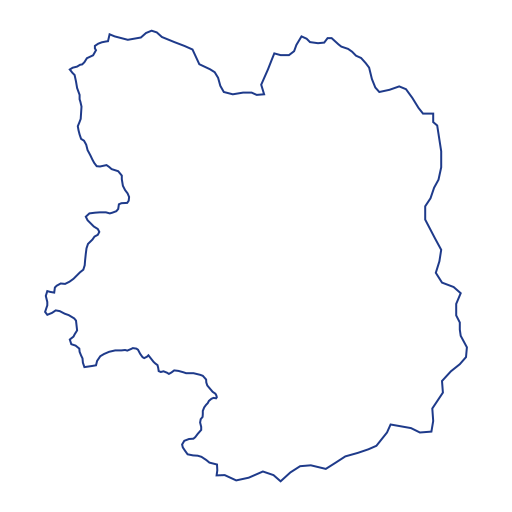 Cameron Highlands, Pahang, Malaysia (Mercator projection)
{"feature_id": "92858781B10772357278230", "entity_name": "Cameron Highlands", "entity_type": "district", "adm_level": 2, "iso_a3": "MYS", "parent_name": "Malaysia", "parent_adm1": "Pahang", "projection": "mercator", "projection_center": [101.433, 4.47], "detail": "fine", "context": "isolated", "style": "outline", "palette": "blue", "viewbox_px": 512, "rotation_deg": 0, "n_neighbors": 0, "source": "geoboundaries", "source_scale": "gbopen_adm2", "svg_char_len": 3479}
<svg xmlns="http://www.w3.org/2000/svg" viewBox="0 0 512 512"><path d="M109.6,34.3L108.0,41.2L105.8,41.5L101.8,42.3L98.2,43.7L94.9,45.9L94.9,48.4L96.0,50.2L93.1,55.3L86.9,58.2L84.4,62.2L82.2,64.4L80.0,64.8L77.1,66.6L72.7,67.7L69.8,69.5L72.4,72.8L74.6,75.0L76.0,81.5L77.1,88.0L79.6,94.9L79.6,99.3L80.4,101.8L81.5,106.6L80.7,118.9L79.3,122.6L77.8,126.2L78.5,130.2L79.6,134.5L81.1,138.9L84.0,140.7L86.2,144.7L87.6,150.2L88.6,152.0L90.5,155.6L92.4,159.6L94.2,162.9L96.7,166.2L100.0,166.5L106.5,165.1L109.1,166.9L111.6,169.1L118.2,171.2L121.8,175.6L121.8,179.2L122.9,185.8L125.1,190.1L127.6,193.4L129.1,197.0L128.7,200.7L127.2,202.9L121.4,203.2L118.9,204.3L118.2,209.0L116.3,211.2L112.3,212.7L109.8,213.4L105.8,212.3L100.3,212.3L94.9,212.7L89.4,213.4L85.8,216.7L87.6,220.3L90.5,223.2L93.8,226.5L97.8,229.0L99.3,231.9L97.8,234.8L94.5,236.6L92.4,239.6L88.0,243.9L86.5,248.3L85.8,253.7L85.1,260.3L84.7,265.3L83.3,269.7L80.0,272.3L76.4,275.9L73.5,278.8L69.5,281.7L65.1,283.9L60.7,283.5L56.7,285.7L54.9,287.5L54.2,292.6L50.2,291.9L47.3,291.1L45.8,295.9L47.3,302.0L47.3,305.3L45.1,311.9L47.3,314.8L52.0,312.9L55.7,310.4L59.7,311.1L64.7,313.7L68.7,315.1L74.2,318.4L76.0,320.6L77.1,330.4L74.6,334.4L73.5,336.6L69.8,339.5L71.3,344.2L75.6,345.6L79.3,348.6L79.6,351.8L81.1,355.5L82.5,358.4L82.9,362.7L84.4,367.1L92.0,366.0L96.0,365.3L97.1,360.9L100.3,356.2L104.0,354.0L109.1,351.8L115.2,350.4L118.9,350.4L121.4,350.4L125.1,350.0L127.3,350.6L131.5,348.8L132.8,348.1L136.3,348.6L138.0,349.7L140.1,353.7L141.2,355.3L142.6,357.2L144.2,358.1L147.0,356.7L148.4,355.3L153.5,361.8L155.2,363.4L157.5,365.1L158.2,367.9L158.7,371.1L160.8,372.0L163.5,371.3L167.0,372.7L168.9,373.9L171.4,372.5L174.2,370.4L178.4,370.9L183.5,372.3L186.1,373.2L189.1,373.2L193.5,373.2L200.1,374.8L202.8,375.8L206.1,379.5L206.3,382.5L207.3,385.5L212.6,391.8L215.4,393.7L216.3,395.3L216.8,397.2L216.1,398.3L213.5,397.9L211.4,398.8L208.9,400.9L207.7,403.2L206.1,404.8L204.2,407.4L202.8,410.9L202.8,414.1L202.6,416.9L200.7,419.2L200.1,422.5L201.2,426.9L201.2,429.9L197.7,433.9L195.2,437.2L193.4,438.7L189.0,439.0L184.3,440.8L182.1,444.5L182.8,447.4L185.0,450.7L187.6,454.3L193.0,455.4L197.7,455.7L201.4,456.8L206.4,460.1L209.4,462.6L217.0,464.5L217.3,470.3L216.6,475.4L224.7,475.1L236.2,480.4L248.7,477.7L262.9,471.5L273.5,475.1L280.6,481.3L290.4,472.4L300.1,466.2L310.8,465.3L325.8,468.9L335.6,462.7L345.3,456.4L357.8,452.9L368.4,449.3L376.4,445.8L387.0,432.5L390.6,424.5L411.0,428.1L419.9,432.5L431.4,431.6L433.2,421.0L432.3,408.5L442.9,392.6L442.0,381.0L450.9,371.3L459.8,364.2L466.0,357.1L466.9,347.3L460.7,335.8L459.8,329.6L459.8,322.5L456.2,315.4L456.2,303.9L460.7,293.2L453.6,287.0L442.0,282.6L435.8,272.8L439.4,261.3L441.2,249.8L434.9,238.2L425.2,219.6L425.2,206.3L430.5,198.3L434.1,187.7L438.5,179.7L441.2,167.3L441.2,151.3L437.2,125.5L433.2,122.1L433.2,113.6L423.0,113.6L418.5,107.9L412.2,97.7L410.5,95.4L406.0,89.2L399.2,86.4L389.5,89.8L379.3,92.0L375.3,87.5L371.9,79.0L369.1,67.6L365.7,63.1L361.1,58.0L356.0,55.7L352.1,51.7L348.1,48.9L341.3,46.6L338.4,44.3L331.6,38.1L327.6,38.1L324.2,42.6L318.0,43.2L310.0,42.1L306.6,38.7L301.5,36.4L296.4,44.9L294.1,51.2L289.0,55.1L280.5,55.1L274.3,53.4L272.0,59.1L268.0,69.3L261.2,84.7L264.1,94.3L256.7,94.9L251.6,92.6L243.1,92.6L232.8,94.3L223.8,92.0L220.3,85.8L218.1,77.8L214.7,72.2L210.1,69.3L199.3,64.2L192.5,49.5L184.6,46.0L174.4,42.1L161.9,37.0L156.8,32.4L151.6,30.7L146.0,33.0L140.9,37.5L127.8,39.8L114.7,36.4L109.6,34.3Z" fill="none" stroke="#1e3a8a" stroke-width="2"/></svg>